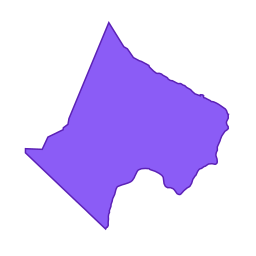 outline of Loudoun, Virginia, United States of America, rotated 96°
{"feature_id": "52423323B61122994047391", "entity_name": "Loudoun", "entity_type": "district", "adm_level": 2, "iso_a3": "USA", "parent_name": "United States of America", "parent_adm1": "Virginia", "projection": "mercator", "projection_center": [-77.613, 39.085], "detail": "fine", "context": "isolated", "style": "filled", "palette": "violet", "viewbox_px": 256, "rotation_deg": 96, "n_neighbors": 0, "source": "geoboundaries", "source_scale": "gbopen_adm2", "svg_char_len": 2071}
<svg xmlns="http://www.w3.org/2000/svg" viewBox="0 0 256 256"><g transform="rotate(96 128 128)"><path d="M25.2,158.1L124.8,187.7L130.6,188.1L134.5,192.3L136.5,192.4L145.4,206.7L158.2,211.1L159.3,227.8L163.4,227.4L176.1,210.9L183.8,200.9L197.1,183.6L206.7,171.1L207.2,170.4L214.5,160.8L216.9,157.8L230.8,139.7L229.0,139.0L228.9,138.4L228.4,138.0L226.9,137.5L223.6,137.9L220.6,137.9L218.0,138.3L215.6,138.2L214.0,137.6L212.2,137.9L207.8,136.8L206.9,136.8L206.0,136.9L202.5,136.1L200.0,135.9L195.4,134.3L190.4,133.6L188.6,133.0L187.6,132.5L187.2,132.0L185.1,127.9L184.0,125.2L182.5,121.9L181.2,119.7L179.7,118.2L176.7,116.6L175.2,116.2L170.1,114.3L168.6,113.3L168.3,112.7L167.1,110.4L166.4,106.5L166.3,103.4L166.2,102.7L167.0,101.8L168.2,96.5L169.8,92.4L171.6,89.3L173.4,87.8L179.6,86.3L182.0,84.8L182.4,84.2L183.2,82.4L182.9,79.4L183.7,76.7L184.8,75.3L188.1,72.4L188.4,71.7L188.7,71.0L188.8,69.8L188.7,69.3L188.0,68.4L184.4,65.8L181.3,62.8L180.1,61.0L179.4,60.3L176.2,58.9L172.4,58.2L168.7,56.3L168.3,55.8L167.8,55.5L163.9,54.2L161.9,53.1L161.1,52.2L160.7,51.1L160.2,50.3L158.5,48.5L157.9,47.1L155.4,44.2L154.7,40.7L155.0,37.6L154.6,36.7L153.7,36.0L153.5,35.8L152.4,35.7L149.6,36.2L146.5,37.6L145.0,37.8L143.0,37.6L140.8,36.8L137.5,37.2L131.0,35.1L129.6,34.9L126.1,33.9L121.2,31.3L119.5,29.3L118.1,28.2L117.7,28.3L116.2,28.5L114.4,30.0L112.5,30.7L111.1,30.6L107.7,29.3L105.1,29.7L103.9,29.5L103.8,30.1L103.2,30.6L100.5,31.8L98.9,33.2L94.9,40.5L93.9,42.9L93.1,45.4L92.9,46.6L93.0,47.6L93.0,47.9L92.3,48.8L92.2,49.0L91.3,51.3L91.2,51.7L90.4,53.6L90.2,53.9L89.9,55.8L88.7,56.3L88.2,56.1L87.9,56.6L87.5,56.8L87.3,57.1L87.3,59.4L87.4,59.6L88.4,59.6L87.2,64.3L87.1,64.9L84.9,68.0L83.9,69.0L83.1,70.2L81.5,73.9L79.9,76.0L79.6,77.6L78.4,80.0L78.3,80.4L78.6,82.7L78.5,83.3L76.3,88.9L76.4,89.4L76.2,91.0L75.9,91.8L74.9,93.4L74.2,93.8L73.5,94.9L71.8,99.0L70.9,100.2L70.4,102.1L70.4,103.1L70.6,104.2L70.6,105.4L68.7,108.6L65.2,113.0L63.6,113.8L63.1,115.0L60.4,121.6L59.9,124.0L57.4,130.0L49.3,136.9L47.6,140.7L25.2,158.1Z" fill="#8b5cf6" stroke="#5b21b6" stroke-width="1.5"/></g></svg>